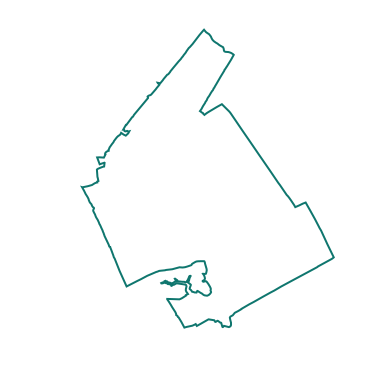 Schitu, Olt, Romania (Albers equal-area conic projection), rotated 331°
{"feature_id": "2599482B63035340455431", "entity_name": "Schitu", "entity_type": "district", "adm_level": 2, "iso_a3": "ROU", "parent_name": "Romania", "parent_adm1": "Olt", "projection": "albers", "projection_center": [24.557, 44.358], "detail": "fine", "context": "isolated", "style": "outline", "palette": "teal", "viewbox_px": 384, "rotation_deg": 331, "n_neighbors": 0, "source": "geoboundaries", "source_scale": "gbopen_adm2", "svg_char_len": 5957}
<svg xmlns="http://www.w3.org/2000/svg" viewBox="0 0 384 384"><g transform="rotate(331 192 192)"><path d="M286.3,256.3L283.3,255.9L279.2,255.7L275.0,255.3L275.0,252.9L274.5,247.0L274.2,244.3L273.9,242.3L273.4,240.5L272.3,228.6L271.9,225.9L270.4,209.5L268.7,192.2L267.2,176.3L265.9,162.9L264.0,142.1L263.8,140.6L263.5,139.3L260.7,129.7L255.0,129.7L245.8,130.0L243.6,130.1L240.6,130.5L240.3,130.6L239.8,129.4L239.9,128.7L239.8,128.2L239.4,127.7L238.2,125.1L240.2,124.2L243.3,122.2L246.7,120.4L247.2,119.9L249.5,118.8L250.0,118.3L251.6,117.2L253.4,116.4L255.6,115.1L256.0,114.8L257.4,114.1L258.1,113.6L259.4,113.2L260.5,112.5L261.1,111.9L262.1,111.6L263.2,110.8L265.3,109.6L272.8,105.1L279.3,101.4L279.8,100.8L280.6,100.6L281.9,99.9L282.3,99.6L282.9,99.4L290.2,95.3L295.0,92.3L294.7,91.3L294.3,90.6L293.8,89.6L293.1,88.7L291.9,87.4L289.2,85.6L288.5,84.7L288.5,84.3L288.6,83.5L289.1,82.3L289.3,81.2L289.4,80.5L289.2,80.2L287.2,76.9L286.2,74.5L285.2,72.8L284.2,70.7L283.7,68.7L283.7,67.1L283.9,65.1L283.5,62.4L281.8,59.1L281.4,57.1L281.2,55.9L280.5,56.1L274.7,58.3L263.9,63.0L263.5,63.1L260.4,64.2L259.0,64.5L255.1,66.4L254.2,67.0L251.0,68.3L249.7,69.0L248.2,69.5L246.9,70.2L243.6,71.3L235.6,74.4L231.4,76.1L231.1,76.4L228.6,77.4L227.9,77.5L227.2,77.4L222.0,79.4L220.6,80.1L217.0,81.5L214.9,79.8L214.9,80.4L215.7,82.2L215.5,82.4L211.6,83.9L210.1,84.6L204.1,86.8L203.0,87.1L202.5,87.1L201.5,86.8L200.8,86.8L200.1,86.8L199.4,87.0L199.3,87.3L199.3,88.2L199.1,88.5L178.7,96.4L176.9,97.5L176.1,97.5L175.6,97.7L167.0,101.6L166.7,101.3L162.1,104.1L162.7,104.4L162.8,104.7L162.8,105.0L162.6,105.4L162.5,105.8L162.7,106.2L163.5,106.9L164.9,107.1L165.1,107.3L165.3,107.9L165.5,108.2L166.6,108.5L164.6,109.8L161.4,110.6L160.0,108.6L158.7,105.9L157.6,106.7L156.5,107.1L154.3,107.3L152.6,107.8L148.5,109.6L147.4,110.4L145.2,111.3L141.9,112.9L141.6,113.0L140.2,114.2L139.2,114.8L139.1,115.0L139.1,115.4L139.1,115.5L137.7,115.3L136.4,115.4L135.4,115.7L135.2,115.8L134.8,116.4L134.3,116.6L134.2,116.9L134.4,117.3L131.6,119.2L127.9,116.8L125.8,115.8L124.7,123.0L129.6,123.9L129.7,124.1L127.5,127.1L127.0,126.9L125.3,126.6L123.1,126.3L120.9,126.1L120.0,126.2L119.7,126.3L119.0,127.8L116.6,133.0L116.4,134.0L115.7,136.2L115.5,137.0L114.2,136.9L113.8,137.1L113.7,137.7L112.7,137.4L111.0,137.2L107.9,137.4L103.6,136.4L98.5,134.8L98.2,134.5L98.2,138.9L98.0,142.1L98.2,145.2L98.2,146.9L98.1,148.1L97.8,149.1L97.7,150.3L97.6,151.3L97.7,152.2L98.1,153.9L98.1,154.3L97.9,155.2L97.9,156.5L98.1,157.4L98.5,158.1L98.5,158.3L98.4,158.7L98.1,159.0L97.2,159.6L96.9,159.9L96.5,160.5L96.4,161.0L96.3,163.2L96.3,164.6L95.9,167.0L95.9,169.2L96.0,170.0L96.0,170.8L95.8,173.4L95.6,174.7L95.5,175.3L95.6,176.1L95.5,177.6L95.3,179.6L95.1,182.6L94.9,183.2L94.7,185.6L94.5,186.1L94.4,187.2L94.2,187.9L93.6,197.7L93.3,199.0L93.3,199.9L93.5,200.2L93.8,200.4L93.6,201.2L93.3,203.6L92.4,209.4L92.0,211.2L92.1,212.7L90.4,225.9L89.0,242.9L101.1,243.3L104.9,243.5L112.2,243.6L122.0,244.6L123.2,244.9L125.1,245.1L130.5,247.4L131.5,247.6L137.3,250.0L144.6,251.8L147.2,253.5L149.5,254.4L152.2,255.0L155.6,255.6L156.1,255.6L157.3,254.9L160.6,254.8L162.1,254.9L163.9,255.6L168.9,258.3L169.2,258.6L169.2,258.9L169.1,259.8L168.7,260.9L167.5,266.2L167.0,267.5L165.8,269.0L164.6,270.2L164.3,270.2L163.3,269.8L162.4,269.3L162.0,268.8L161.9,268.8L162.1,270.1L162.1,271.1L161.9,272.2L161.9,272.3L161.7,273.1L161.3,274.1L160.0,275.0L158.3,274.9L158.1,275.1L158.2,275.7L158.4,276.0L160.8,276.7L161.2,277.2L161.4,278.0L161.7,280.5L161.8,283.4L161.7,284.9L161.6,285.4L161.5,285.8L160.9,286.7L160.4,287.2L160.3,288.4L160.1,288.9L159.3,289.4L158.4,289.8L156.8,290.2L155.2,290.1L154.6,289.8L152.9,288.5L152.3,287.7L151.8,286.6L151.3,285.3L150.8,284.7L148.9,281.2L148.7,281.1L147.2,282.1L145.7,281.2L144.3,279.7L143.8,279.4L143.6,277.4L143.1,276.1L143.0,275.6L143.2,275.2L143.8,274.6L145.7,273.0L146.0,272.6L146.0,272.4L145.3,270.6L144.6,269.2L146.4,268.1L147.6,266.7L148.6,265.8L150.1,264.8L150.1,264.7L149.9,264.5L149.3,264.3L148.6,264.5L147.6,265.4L145.4,267.0L143.6,267.8L142.8,267.9L142.3,267.7L141.6,266.7L140.1,265.9L135.7,262.8L135.7,262.5L136.3,262.1L136.3,261.9L135.8,261.1L135.3,259.7L135.0,259.5L134.9,259.5L135.0,261.3L135.0,261.7L134.3,262.4L133.4,262.1L131.9,262.3L131.2,262.3L130.4,262.1L129.3,261.6L128.8,260.6L127.5,259.7L126.7,257.8L125.7,257.6L125.6,257.4L125.6,256.8L124.9,256.7L124.8,257.2L124.7,257.4L122.2,256.8L120.9,256.7L120.9,257.1L121.2,257.3L122.2,257.7L123.6,257.9L124.3,258.2L124.9,259.0L125.8,259.7L126.0,260.0L126.1,260.5L126.2,260.8L127.4,261.6L128.9,263.1L128.8,263.3L128.5,263.6L128.4,263.8L128.4,264.0L128.6,264.2L129.1,264.2L129.6,263.9L131.6,264.4L133.3,264.3L134.0,264.4L134.3,264.5L135.0,264.9L140.3,269.0L141.6,270.1L141.7,270.6L141.5,271.8L139.6,273.9L139.1,274.7L138.8,275.3L138.7,276.8L138.9,277.8L139.0,279.3L138.2,279.2L136.9,279.2L136.7,279.2L136.6,279.7L132.1,280.0L131.1,280.0L129.0,279.8L118.5,273.5L118.3,273.8L118.6,276.8L118.8,280.9L118.8,282.8L119.2,289.0L119.1,290.2L119.1,290.6L118.8,291.4L118.5,291.9L119.2,293.3L119.1,294.5L119.5,295.2L119.7,300.5L119.6,306.9L121.9,307.4L127.5,309.1L129.9,309.3L131.2,309.3L131.3,311.5L135.4,311.5L143.4,311.4L144.7,311.4L145.0,311.6L149.2,314.9L149.2,315.2L149.3,315.3L149.4,316.9L149.6,317.0L149.9,317.1L150.3,317.0L151.8,317.0L152.0,317.1L152.3,317.5L153.0,319.0L153.2,319.6L153.3,319.8L154.0,320.4L154.1,320.6L154.0,321.0L153.2,324.7L153.3,325.0L153.5,325.1L153.8,325.0L154.0,325.0L154.5,324.7L154.7,324.8L155.1,324.6L158.6,327.9L158.9,328.1L160.5,328.1L161.6,327.3L161.9,326.8L162.8,325.1L163.3,323.0L164.0,320.7L164.2,320.2L164.5,320.0L165.2,319.6L167.9,319.6L170.9,318.4L174.5,318.5L178.4,318.4L178.5,318.2L187.8,318.0L192.6,318.1L203.5,318.0L207.5,318.0L212.1,318.0L216.1,318.1L224.2,317.9L234.0,318.0L263.2,318.4L265.3,318.4L266.0,318.2L281.7,318.3L282.7,318.2L283.9,318.0L284.3,317.9L285.1,303.1L286.2,288.4L286.1,285.3L286.2,282.9L286.4,275.1L286.4,265.7L286.3,256.3Z" fill="none" stroke="#0f766e" stroke-width="2"/></g></svg>